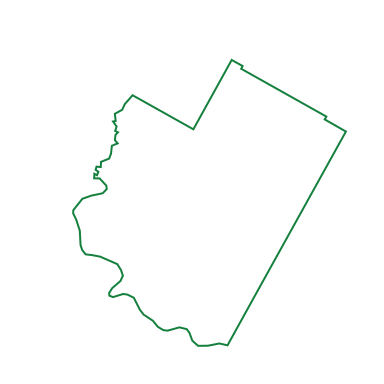 Dewey, South Dakota, United States of America (Equal Earth projection), rotated 119°
{"feature_id": "52423323B50673090561410", "entity_name": "Dewey", "entity_type": "district", "adm_level": 2, "iso_a3": "USA", "parent_name": "United States of America", "parent_adm1": "South Dakota", "projection": "equal_earth", "projection_center": [-100.659, 45.099], "detail": "fine", "context": "isolated", "style": "outline", "palette": "green", "viewbox_px": 384, "rotation_deg": 119, "n_neighbors": 0, "source": "geoboundaries", "source_scale": "gbopen_adm2", "svg_char_len": 1020}
<svg xmlns="http://www.w3.org/2000/svg" viewBox="0 0 384 384"><g transform="rotate(119 192 192)"><path d="M326.7,150.1L325.0,146.0L316.5,137.4L314.5,130.1L316.3,126.1L321.9,119.6L323.6,112.1L318.7,103.5L311.2,94.6L308.9,86.6L250.6,86.7L64.5,86.7L64.2,111.1L60.9,111.1L60.4,208.7L57.3,208.8L57.3,221.3L136.5,221.2L136.2,290.9L147.8,293.4L153.9,292.9L161.0,297.4L166.9,293.2L168.6,295.2L171.3,289.7L175.8,288.8L175.7,285.7L179.1,286.6L184.0,284.6L185.5,280.6L190.4,284.5L197.8,281.4L203.0,280.7L209.7,286.2L214.4,283.9L216.1,287.8L219.3,287.1L219.7,283.7L223.4,283.2L223.4,286.2L227.5,284.2L224.9,279.4L228.0,270.0L230.8,268.0L236.4,269.5L244.0,278.3L251.1,284.6L265.4,287.0L268.4,285.5L272.1,280.1L280.2,271.4L292.5,263.7L296.0,259.9L298.1,254.8L295.5,248.4L293.1,241.1L291.3,222.4L294.7,216.2L298.7,211.9L304.5,211.4L314.8,215.2L320.5,215.5L322.7,214.0L322.2,210.1L314.6,202.8L313.0,198.7L312.7,191.6L320.2,180.6L322.7,174.8L323.6,163.7L326.5,156.4L326.7,150.1Z" fill="none" stroke="#15803d" stroke-width="2"/></g></svg>